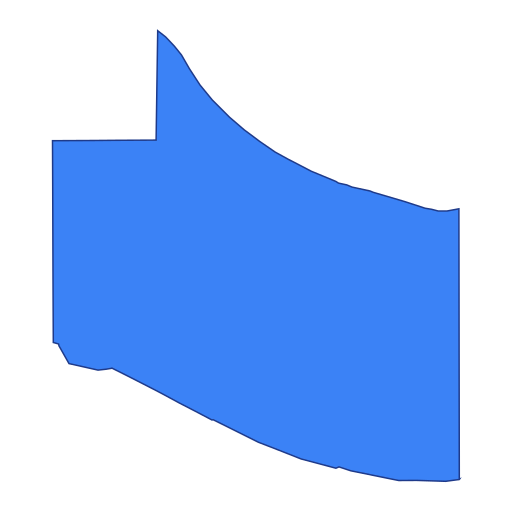 Jarra central, Lower River, Gambia
{"feature_id": "56634734B6993374345684", "entity_name": "Jarra central", "entity_type": "district", "adm_level": 2, "iso_a3": "GMB", "parent_name": "Gambia", "parent_adm1": "Lower River", "projection": "orthographic", "projection_center": [-15.418, 13.42], "detail": "fine", "context": "isolated", "style": "filled", "palette": "blue", "viewbox_px": 512, "rotation_deg": 0, "n_neighbors": 0, "source": "geoboundaries", "source_scale": "gbopen_adm2", "svg_char_len": 976}
<svg xmlns="http://www.w3.org/2000/svg" viewBox="0 0 512 512"><path d="M458.9,208.8L447.0,211.0L438.2,211.0L431.6,209.3L425.0,208.2L404.8,201.6L373.2,192.3L370.1,191.0L352.1,187.1L349.2,185.9L346.8,184.9L338.5,183.1L335.8,181.4L311.2,171.2L290.1,160.2L290.1,160.3L275.2,152.1L259.8,141.5L249.0,133.4L244.4,130.0L229.5,117.2L212.3,100.0L200.0,85.0L189.4,68.7L181.5,55.0L174.4,46.2L165.6,36.9L158.2,31.1L157.7,30.7L156.1,140.1L117.2,140.3L92.9,140.5L52.5,140.7L52.5,141.9L52.7,186.9L52.7,187.5L52.9,246.5L53.0,277.4L53.3,342.5L54.8,342.9L58.6,344.0L59.0,345.9L69.0,363.6L98.0,370.1L106.2,369.2L111.5,368.3L111.6,368.2L111.9,368.1L126.7,375.5L153.5,389.2L153.7,389.3L161.0,393.1L179.9,403.3L193.5,410.3L212.0,420.0L213.1,419.7L258.5,442.3L271.5,447.3L301.2,459.0L335.9,468.2L339.0,466.9L350.8,470.8L390.2,478.8L398.7,480.5L416.7,480.4L445.7,481.3L459.3,479.5L459.5,479.2L459.3,479.3L459.1,346.5L459.0,264.0L458.9,208.8Z" fill="#3b82f6" stroke="#1e3a8a" stroke-width="1.5"/></svg>